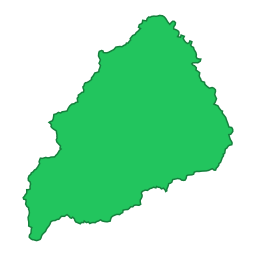 the district of Palestina de Goiás, Goiás, Brazil
{"feature_id": "56859067B75882266623485", "entity_name": "Palestina de Goiás", "entity_type": "district", "adm_level": 2, "iso_a3": "BRA", "parent_name": "Brazil", "parent_adm1": "Goiás", "projection": "albers", "projection_center": [-51.453, -16.696], "detail": "fine", "context": "isolated", "style": "filled", "palette": "green", "viewbox_px": 256, "rotation_deg": 0, "n_neighbors": 0, "source": "geoboundaries", "source_scale": "gbopen_adm2", "svg_char_len": 4608}
<svg xmlns="http://www.w3.org/2000/svg" viewBox="0 0 256 256"><path d="M68.2,108.4L67.0,111.0L64.3,111.5L62.1,111.8L60.7,113.0L58.4,112.4L56.4,113.8L53.9,114.5L53.6,116.7L53.1,119.4L51.9,121.1L50.2,121.6L49.0,122.4L50.6,123.6L51.4,124.9L51.0,126.6L51.9,127.7L53.3,128.9L54.8,129.9L56.3,130.8L56.6,133.0L57.0,135.0L56.9,136.6L57.1,138.2L56.3,139.7L56.8,141.9L59.0,144.4L60.5,145.9L60.0,148.2L61.1,149.0L59.5,150.3L58.7,151.7L57.3,154.0L56.1,155.1L54.6,156.9L52.6,157.0L50.9,157.1L49.2,157.8L47.5,157.9L45.8,157.4L42.6,158.4L40.4,158.2L39.6,160.1L39.1,161.8L39.7,163.7L38.6,165.3L38.0,166.6L37.0,167.9L36.2,169.1L34.5,170.0L33.0,171.9L31.2,173.0L30.8,174.4L29.0,175.8L28.2,178.3L28.4,180.5L30.1,181.9L30.6,184.1L30.0,186.2L30.2,188.9L28.5,189.7L26.7,189.7L26.8,191.5L26.6,193.3L25.2,194.9L24.5,196.3L23.2,197.6L23.7,199.2L25.8,199.6L26.1,201.5L25.6,204.0L26.8,206.3L28.6,207.8L28.6,209.4L29.2,210.6L29.4,213.0L29.0,215.0L28.1,217.3L28.3,219.7L28.7,221.4L28.8,224.1L28.7,226.0L31.8,227.6L31.3,229.0L31.1,231.9L30.9,233.3L29.5,235.1L29.2,237.1L30.7,238.7L32.4,239.7L33.9,239.8L35.3,240.3L36.7,240.6L38.3,240.1L40.1,239.4L41.0,237.9L41.5,236.1L42.3,234.5L43.9,232.9L45.5,231.4L46.6,228.9L47.5,227.6L49.0,225.8L50.0,224.0L50.8,221.8L52.7,220.7L55.2,220.5L57.2,219.4L58.8,219.3L59.8,218.2L61.4,216.3L64.6,216.3L65.7,215.5L67.0,214.6L69.0,216.3L70.3,217.8L71.5,218.2L72.7,217.2L74.4,218.8L74.8,220.3L75.7,221.9L78.4,223.0L80.3,223.8L81.4,222.5L83.7,222.6L84.2,221.0L86.4,222.6L88.4,222.0L89.8,223.5L91.7,222.7L93.2,222.5L95.2,222.7L96.6,221.6L98.3,221.1L100.6,219.8L102.2,221.0L104.9,221.6L107.2,221.8L110.2,221.1L110.7,218.8L111.5,217.1L112.9,216.0L114.9,215.1L116.7,214.4L118.2,214.4L119.6,214.6L121.3,213.2L122.7,212.6L123.1,210.2L125.0,209.7L127.8,209.5L129.4,208.3L130.6,206.8L132.8,206.8L134.0,205.4L135.9,205.0L139.0,205.3L140.7,204.3L140.2,201.8L140.3,199.9L141.1,198.7L142.0,196.8L142.1,195.0L141.4,193.8L141.6,192.2L142.8,191.1L145.2,190.1L147.5,190.4L149.9,188.6L151.5,188.2L153.6,187.2L155.9,187.9L156.6,186.5L158.1,187.2L160.1,187.5L161.4,188.9L163.5,188.2L165.2,190.1L165.7,191.5L166.8,190.8L166.8,189.1L167.8,186.8L168.4,185.0L168.7,183.6L170.3,183.2L171.8,182.2L172.6,179.6L175.9,178.9L177.6,178.5L180.1,178.9L181.6,180.1L183.7,180.4L185.1,180.1L186.1,178.4L186.7,175.7L188.0,175.1L191.9,174.8L193.6,174.2L194.3,172.1L196.7,171.4L199.0,171.5L201.9,171.1L204.0,171.0L206.2,170.9L208.6,170.4L210.7,169.4L212.3,168.7L214.1,170.1L215.6,170.1L216.3,168.1L217.6,166.9L218.8,165.1L218.9,163.6L220.5,162.4L221.5,159.8L222.2,157.7L223.5,155.8L223.2,154.1L224.5,153.6L224.9,152.3L225.0,150.9L225.4,149.0L227.1,147.9L227.9,146.4L229.2,145.3L231.8,144.7L232.1,143.0L231.6,141.6L230.4,139.7L229.7,137.8L228.8,134.6L230.7,134.3L232.0,132.6L232.8,131.4L232.7,129.3L231.7,127.5L228.9,127.0L227.7,123.2L226.6,120.4L226.1,118.8L225.7,117.5L223.3,114.4L222.2,113.1L222.5,111.1L221.2,110.7L219.2,108.2L218.0,105.9L216.3,105.1L213.9,104.1L215.1,102.3L216.5,98.7L215.3,96.2L214.7,94.6L215.0,93.1L215.5,91.5L215.4,89.8L213.8,88.2L212.1,87.5L209.4,88.2L207.1,86.5L204.9,84.4L204.5,82.2L202.5,81.6L201.2,80.9L200.7,79.0L199.7,77.4L199.2,75.9L199.5,74.2L199.7,72.7L198.5,71.8L196.0,70.0L196.3,67.7L194.5,65.8L193.0,65.2L191.8,63.8L192.9,62.8L196.2,62.7L197.8,62.8L200.2,61.2L200.8,59.1L198.9,59.0L197.0,58.4L196.1,56.6L196.4,54.8L195.8,52.4L194.0,49.5L193.5,47.4L191.6,46.5L190.5,44.9L191.4,43.8L191.9,41.7L189.9,40.9L189.1,42.9L187.6,43.5L185.9,42.5L184.6,41.0L183.2,38.6L184.3,36.3L181.1,35.1L180.5,37.3L177.6,36.6L178.7,34.7L179.0,32.9L178.6,31.4L177.1,30.3L175.5,29.5L173.7,29.0L173.7,26.8L175.1,24.9L175.5,22.8L174.3,21.4L172.8,21.2L171.6,22.2L169.7,24.3L167.9,22.2L166.6,20.1L165.8,18.7L164.4,17.0L162.5,15.8L159.7,15.4L157.5,16.1L156.1,16.3L153.9,16.1L151.4,16.5L150.2,17.3L148.7,17.0L147.2,18.5L146.5,20.8L144.5,20.6L142.7,20.3L142.3,22.9L140.9,24.0L139.4,24.6L138.5,27.3L140.5,28.6L139.5,29.5L138.4,30.8L136.2,32.6L135.1,34.5L132.6,35.6L131.3,37.3L130.2,38.6L130.6,40.1L129.2,41.4L128.1,43.1L126.4,43.1L125.8,44.6L123.9,45.4L122.0,46.7L119.9,46.5L117.6,46.8L115.9,47.1L113.8,49.6L112.0,50.5L110.1,51.5L108.6,52.3L106.9,52.8L104.9,52.8L103.3,52.5L103.1,51.1L101.7,50.5L99.3,51.4L98.7,53.2L98.5,56.0L99.4,57.9L100.4,59.8L99.7,61.9L99.0,63.2L100.5,65.4L100.0,67.4L99.0,69.8L98.8,71.7L97.0,72.4L94.8,73.0L93.4,75.6L92.3,76.9L91.4,78.1L91.6,79.4L90.4,80.4L88.7,81.6L86.7,82.6L85.4,82.7L84.4,83.9L84.0,85.8L82.9,86.9L83.2,88.3L83.9,90.2L83.5,92.1L81.8,92.4L80.5,93.6L78.3,95.1L78.4,97.1L77.2,98.2L77.8,102.0L75.7,102.5L74.3,103.7L71.8,104.1L69.7,106.0L68.2,108.4Z" fill="#22c55e" stroke="#15803d" stroke-width="1.5"/></svg>